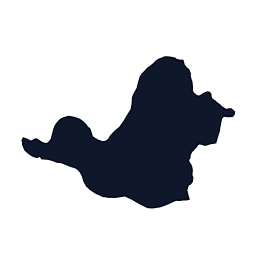 the district of Esperantina, Tocantins, Brazil, rotated 8°
{"feature_id": "56859067B95220244681893", "entity_name": "Esperantina", "entity_type": "district", "adm_level": 2, "iso_a3": "BRA", "parent_name": "Brazil", "parent_adm1": "Tocantins", "projection": "natural_earth1", "projection_center": [-48.538, -5.311], "detail": "fine", "context": "isolated", "style": "filled", "palette": "ink", "viewbox_px": 256, "rotation_deg": 8, "n_neighbors": 0, "source": "geoboundaries", "source_scale": "gbopen_adm2", "svg_char_len": 2367}
<svg xmlns="http://www.w3.org/2000/svg" viewBox="0 0 256 256"><g transform="rotate(8 128 128)"><path d="M198.2,190.0L196.7,186.7L194.6,181.2L195.1,178.3L195.6,175.9L197.5,174.8L199.0,172.2L199.0,169.5L198.7,167.5L197.7,166.0L197.5,163.6L197.4,160.9L196.3,157.6L194.9,155.3L193.2,153.6L192.2,151.4L193.3,148.9L193.2,146.3L193.6,144.5L194.4,142.3L196.0,140.4L197.0,138.6L198.4,136.9L199.2,134.6L201.1,133.6L203.9,133.8L206.4,134.3L208.5,133.6L210.5,132.5L212.7,131.6L214.7,131.1L216.8,130.4L218.7,117.9L218.6,115.3L218.8,112.2L219.2,105.5L220.8,103.2L222.9,102.6L225.0,102.8L227.6,102.3L229.9,101.8L231.1,99.6L231.1,97.3L229.3,95.9L227.4,94.8L225.1,95.2L223.3,96.1L221.2,95.7L219.5,94.8L217.6,94.0L216.1,92.7L214.4,91.7L212.6,90.9L210.7,89.4L208.9,88.6L206.7,87.4L205.7,85.4L205.1,82.8L203.5,81.4L201.5,81.4L199.4,82.6L198.0,83.5L196.6,84.9L194.7,86.4L192.9,86.8L191.1,86.3L189.6,85.4L187.7,84.2L186.4,82.1L186.1,80.2L186.0,78.4L185.4,76.2L184.6,73.2L183.2,70.5L182.2,68.0L182.0,65.5L180.9,63.5L179.7,61.6L177.9,60.7L176.1,59.1L174.7,57.7L172.9,53.5L169.7,53.8L166.2,53.5L164.8,52.4L159.6,52.1L155.4,52.4L153.4,53.2L151.8,54.4L149.7,55.3L147.9,56.6L146.4,58.0L145.0,60.2L143.4,61.9L141.3,64.2L139.2,66.1L137.1,69.2L135.7,71.1L134.4,72.7L133.0,76.2L132.5,79.7L132.2,81.7L131.7,87.2L129.0,94.3L128.4,97.5L128.9,103.0L128.7,109.2L124.7,118.1L123.5,121.3L119.8,128.4L115.5,133.2L111.9,138.3L110.6,141.6L109.4,143.0L107.8,144.4L105.0,145.4L99.7,144.3L94.5,142.1L93.3,140.7L91.3,136.2L89.9,133.9L88.2,133.2L84.9,129.9L82.8,128.4L79.0,126.3L77.0,125.8L73.2,125.1L67.5,124.9L62.9,127.0L60.4,128.6L58.8,130.4L56.6,134.0L55.5,136.6L54.9,139.4L53.7,149.7L52.8,151.5L51.3,153.7L49.5,155.0L47.9,155.0L45.4,154.6L43.2,153.7L39.4,151.8L37.6,151.9L35.6,153.6L33.6,154.8L30.2,153.5L25.8,152.5L24.9,154.9L25.8,156.9L26.1,159.2L29.1,164.1L31.1,165.6L35.9,168.3L38.5,169.2L41.7,169.7L45.0,168.1L46.9,170.3L53.6,169.9L59.5,170.8L62.1,171.6L66.9,171.4L75.9,173.7L81.0,174.5L83.3,175.3L87.1,178.3L89.5,181.7L91.9,186.8L95.1,191.2L97.1,192.4L98.4,193.6L104.7,196.7L106.5,197.3L108.5,197.8L112.9,199.2L114.7,199.0L118.7,199.2L121.6,198.6L124.3,198.5L134.5,195.5L142.0,197.8L149.0,200.7L158.4,203.9L163.2,203.6L170.7,201.4L176.4,198.4L179.4,196.5L182.9,194.3L185.5,192.7L189.2,192.4L191.7,191.7L193.3,191.2L195.5,191.0L198.2,190.0Z" fill="#0f172a" stroke="#020617" stroke-width="1.5"/></g></svg>